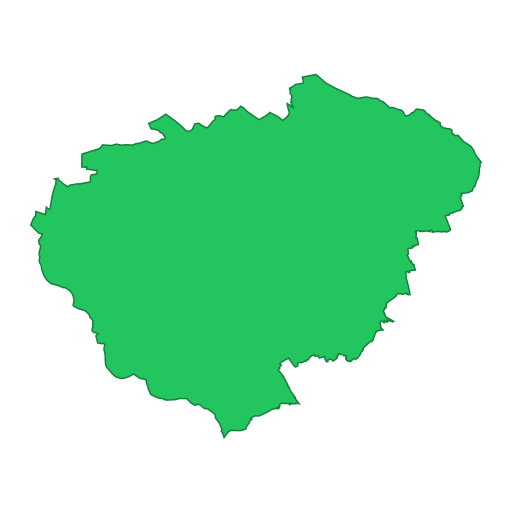 the district of Poduri, Bacau, Romania
{"feature_id": "2599482B30371086214997", "entity_name": "Poduri", "entity_type": "district", "adm_level": 2, "iso_a3": "ROU", "parent_name": "Romania", "parent_adm1": "Bacau", "projection": "equal_earth", "projection_center": [26.579, 46.458], "detail": "fine", "context": "isolated", "style": "filled", "palette": "green", "viewbox_px": 512, "rotation_deg": 0, "n_neighbors": 0, "source": "geoboundaries", "source_scale": "gbopen_adm2", "svg_char_len": 6028}
<svg xmlns="http://www.w3.org/2000/svg" viewBox="0 0 512 512"><path d="M383.0,330.0L381.5,328.6L380.5,326.8L380.7,325.9L379.9,322.3L380.7,321.2L383.0,321.5L384.1,322.8L384.5,322.0L384.2,321.1L384.4,320.7L384.8,320.9L385.0,321.8L386.0,321.6L387.4,322.2L387.6,321.6L387.1,320.1L388.4,320.8L389.6,320.6L390.2,321.2L391.4,320.9L392.3,321.8L392.5,321.2L393.3,321.1L385.6,316.8L384.2,312.5L383.3,311.5L383.8,310.2L384.9,309.0L384.7,308.0L385.8,307.9L386.4,306.7L386.2,305.0L386.7,303.1L395.9,296.3L397.3,293.8L400.3,293.6L401.5,294.2L403.3,294.2L404.7,293.4L406.8,293.7L406.9,294.3L408.1,294.7L410.0,294.6L408.3,285.9L406.2,277.9L405.9,271.7L408.3,271.6L408.3,272.4L409.7,272.4L410.0,270.6L415.3,270.1L415.4,269.6L414.9,268.9L413.9,264.6L412.2,263.7L411.2,261.1L410.4,261.8L407.2,255.0L408.4,254.1L407.9,249.4L408.5,248.4L412.0,248.1L412.4,247.8L412.2,246.5L412.7,246.3L412.8,246.9L414.0,246.5L414.0,246.1L414.8,245.6L418.4,244.5L417.2,238.0L416.0,238.1L416.3,232.0L415.4,231.7L416.2,230.8L417.4,230.7L419.0,230.8L420.0,231.6L421.3,230.9L422.0,231.5L422.3,231.1L423.1,231.5L426.5,230.9L430.6,231.7L430.2,230.2L430.9,230.1L431.0,230.5L431.9,230.2L433.1,232.4L434.5,231.7L438.8,231.5L441.3,231.9L445.2,231.5L446.6,232.1L449.7,230.7L450.6,229.6L445.2,215.9L446.9,215.2L449.2,215.1L450.2,213.3L452.6,213.0L454.8,211.8L460.2,210.3L461.5,208.9L462.4,206.9L463.4,206.3L460.2,197.4L461.8,195.5L461.1,193.4L467.7,192.8L472.2,190.9L473.1,188.3L475.2,185.5L476.6,180.4L478.0,178.4L478.9,175.2L479.5,168.4L480.1,166.1L480.1,163.1L481.3,162.3L476.9,156.8L474.6,152.9L473.9,150.5L470.7,146.1L463.7,141.7L458.2,135.6L457.2,135.3L455.5,135.8L454.1,135.1L453.8,134.3L452.1,133.3L451.8,129.7L450.0,129.2L449.5,128.6L447.2,128.8L445.7,128.1L443.1,128.1L442.8,127.2L441.2,126.5L440.6,125.2L440.0,124.8L440.3,122.9L437.5,121.7L437.5,121.1L436.4,121.0L434.6,119.7L429.0,115.0L428.9,114.3L427.3,114.2L425.4,111.9L425.4,111.5L423.7,110.1L417.0,109.0L415.5,109.9L413.6,112.3L411.7,112.8L410.0,114.7L406.1,116.2L405.1,115.5L403.3,112.0L401.5,110.2L397.3,109.2L393.2,107.5L389.6,107.7L383.3,101.8L380.6,100.9L377.4,98.4L372.3,98.3L368.2,97.2L365.4,97.0L357.7,98.4L355.8,97.9L353.6,96.7L352.2,96.5L350.9,95.4L335.4,88.2L325.8,83.0L316.1,74.5L302.3,77.1L302.7,78.8L303.1,78.8L303.2,82.8L302.7,83.3L295.0,84.6L293.3,86.5L292.0,86.7L290.3,88.1L289.5,88.2L289.7,89.3L290.2,89.3L290.2,93.7L291.3,94.8L291.8,96.1L291.8,97.9L291.2,99.8L291.5,101.4L290.7,102.3L291.5,102.9L291.4,105.1L292.7,105.9L293.1,107.4L287.3,103.6L287.4,105.8L289.3,112.6L289.1,113.8L287.2,116.8L282.8,120.4L277.8,116.6L269.7,112.4L268.7,113.6L265.9,115.7L259.0,119.7L247.2,111.5L243.0,107.5L240.8,106.2L237.4,109.6L234.1,110.3L230.9,109.5L230.3,109.9L225.7,114.4L224.2,116.6L223.1,116.8L220.7,115.9L218.7,115.7L215.6,116.2L215.0,117.0L215.2,117.9L214.8,119.8L213.0,121.0L210.4,124.5L207.4,127.7L206.0,127.6L201.5,125.3L199.3,123.5L197.7,123.3L194.7,124.0L192.3,129.6L190.9,130.2L190.2,131.3L186.2,130.9L181.8,126.5L174.9,120.7L165.8,114.2L157.4,119.7L148.7,123.4L151.4,129.1L153.2,128.8L158.8,130.6L159.5,131.1L160.1,132.5L162.0,133.1L163.5,134.4L163.5,135.4L164.9,136.6L164.9,139.2L161.5,139.3L159.3,141.2L152.6,143.6L146.1,140.9L139.2,143.3L136.2,143.6L132.5,145.1L126.5,144.7L121.6,145.2L116.2,144.1L111.8,145.5L102.5,144.9L101.5,146.6L99.2,148.7L82.0,154.1L81.8,167.0L86.7,167.2L86.7,169.2L97.0,170.4L97.0,173.1L96.6,174.0L91.5,174.8L90.4,176.4L90.5,181.6L89.7,182.0L79.8,183.9L76.8,183.9L71.3,184.9L69.9,185.2L67.9,186.8L63.8,184.2L60.8,181.8L59.0,180.2L58.1,178.3L54.6,178.9L56.1,179.9L55.7,184.9L54.5,187.4L52.1,196.0L50.1,208.6L49.4,209.6L46.3,207.2L45.5,214.6L35.8,211.5L35.8,215.5L33.5,218.4L30.7,224.9L38.7,233.1L42.4,234.1L40.3,238.3L39.1,239.5L38.6,241.8L39.5,244.3L40.8,246.1L39.2,252.7L39.2,254.5L39.8,256.8L39.2,260.6L39.4,262.1L41.3,265.8L41.7,269.3L43.8,275.1L46.8,280.0L51.0,283.6L57.8,285.4L63.1,287.6L65.4,287.7L70.2,291.0L72.8,294.7L74.0,299.4L74.1,300.2L73.1,305.4L74.4,306.7L79.1,308.9L84.3,310.3L87.2,312.5L89.6,315.4L89.9,317.4L92.1,319.5L93.0,321.3L92.7,324.0L92.9,326.5L92.2,328.1L92.3,331.1L93.4,332.2L98.2,333.6L95.9,336.0L97.7,342.8L100.3,343.6L103.5,343.5L104.8,344.5L103.9,349.2L105.1,354.3L105.4,362.5L105.9,365.5L106.7,367.2L111.0,372.3L113.9,375.4L116.4,377.1L120.8,378.4L124.2,378.2L128.6,376.8L133.6,374.1L139.7,378.3L145.8,379.6L146.2,380.0L146.6,383.1L147.9,386.6L148.6,389.8L149.3,390.8L150.4,393.9L151.8,395.1L158.4,398.0L162.7,398.5L164.3,399.6L166.7,400.1L175.6,399.6L179.6,398.5L186.8,398.6L190.9,402.9L194.8,405.2L196.0,405.1L197.4,404.3L199.4,404.8L200.4,405.0L204.3,408.5L207.5,408.8L213.2,412.8L215.2,414.9L215.4,417.8L220.0,424.2L220.4,426.1L221.1,426.8L221.9,429.6L221.2,430.9L223.1,434.1L224.1,437.5L228.0,432.1L230.9,430.4L240.1,430.6L245.6,429.2L247.0,425.7L249.5,422.6L249.9,420.9L251.8,419.2L250.7,418.7L250.9,418.1L253.3,416.5L255.1,415.9L259.2,415.9L267.2,412.2L271.3,409.7L275.3,408.5L278.0,408.7L277.5,407.6L278.3,407.0L278.5,407.8L279.4,407.9L279.8,405.6L279.5,404.9L281.3,403.3L283.1,403.1L285.1,403.7L285.8,403.2L289.1,403.9L289.8,404.8L290.3,404.5L290.3,403.2L293.0,403.9L297.8,403.4L299.1,403.7L294.8,398.1L295.4,397.7L290.2,390.4L289.0,387.1L287.4,385.8L287.9,385.1L283.0,375.8L278.4,370.1L279.1,368.8L279.8,368.2L279.1,367.5L281.2,365.4L279.8,363.5L282.8,361.0L284.1,360.8L285.1,359.9L288.7,358.2L293.5,365.2L295.3,367.0L297.5,366.2L297.9,365.7L297.5,363.3L299.2,362.5L301.7,362.7L304.9,361.1L306.0,361.4L306.2,360.0L308.3,359.8L310.0,357.0L313.7,354.7L315.0,356.4L317.9,355.8L319.3,358.0L324.6,356.6L325.0,359.1L326.5,361.8L327.9,361.5L328.0,360.1L330.0,359.1L331.2,359.3L333.1,361.0L333.7,360.8L337.3,357.9L336.6,356.6L338.4,355.2L338.5,353.8L342.4,354.6L343.5,355.0L343.7,355.7L346.2,355.7L346.1,356.6L346.6,357.0L345.6,357.7L345.8,359.1L348.0,361.3L349.0,360.7L350.3,361.7L354.1,358.3L355.4,359.4L357.7,358.0L360.5,354.0L360.7,352.7L362.9,350.5L363.4,347.9L370.6,341.3L371.7,341.7L372.5,340.9L373.5,339.2L373.7,337.6L375.9,332.1L377.0,331.2L379.7,330.3L383.0,330.0Z" fill="#22c55e" stroke="#15803d" stroke-width="1.5"/></svg>